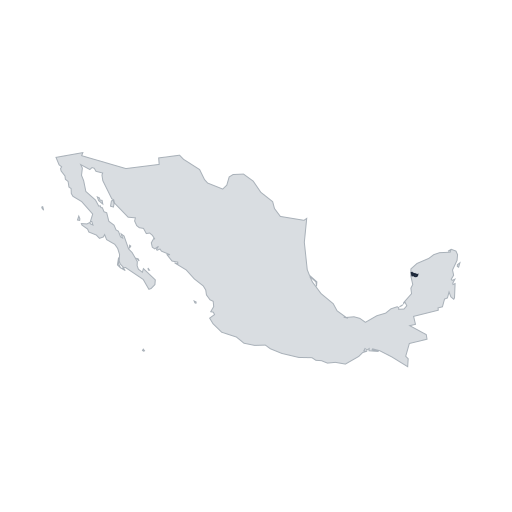 Halachó, Yucatán, Mexico shown in context, rotated 346°
{"feature_id": "50627088B14474633080003", "entity_name": "Halachó", "entity_type": "district", "adm_level": 2, "iso_a3": "MEX", "parent_name": "Mexico", "parent_adm1": "Yucatán", "projection": "orthographic", "projection_center": [-90.126, 20.586], "detail": "fine", "context": "in_parent", "style": "filled", "palette": "slate", "viewbox_px": 512, "rotation_deg": 346, "n_neighbors": 0, "source": "geoboundaries", "source_scale": "gbopen_adm2", "svg_char_len": 4562}
<svg xmlns="http://www.w3.org/2000/svg" viewBox="0 0 512 512"><g transform="rotate(346 256 256)"><path d="M85.8,111.9L113.0,113.8L111.1,116.5L150.9,139.7L184.2,143.7L185.3,137.3L206.2,139.7L209.1,144.7L222.2,158.5L224.5,169.3L226.7,173.5L239.9,183.0L244.8,180.2L249.1,172.8L253.5,171.4L263.7,173.5L271.4,182.7L276.1,195.4L285.3,207.3L285.4,214.4L289.2,223.5L311.2,233.0L314.3,231.8L306.2,254.4L302.4,281.7L303.2,287.6L308.8,295.8L307.4,300.0L307.9,295.7L303.2,288.8L304.5,295.0L310.0,308.2L319.4,321.0L321.4,328.8L328.2,336.9L326.3,336.6L330.2,338.6L329.0,337.5L336.4,338.7L341.6,341.6L346.1,346.8L358.8,343.2L368.0,342.8L374.2,339.9L380.7,339.4L382.0,340.6L381.5,342.2L386.7,343.3L390.3,340.8L389.4,336.8L387.7,337.8L388.1,336.9L397.8,330.2L398.5,324.7L401.2,321.6L401.4,312.7L403.2,306.0L410.4,302.2L423.2,300.1L428.8,297.7L435.0,297.2L445.3,299.3L446.2,297.8L443.5,297.8L447.0,296.7L451.2,299.6L451.9,303.5L450.0,308.9L443.3,317.1L443.1,322.5L439.8,325.8L440.4,327.1L443.4,326.6L440.3,330.0L440.3,331.4L442.5,330.9L438.5,344.6L437.4,345.8L435.2,342.8L434.6,337.6L431.6,343.0L428.5,343.4L424.6,350.4L420.1,350.4L419.7,352.7L394.3,352.7L394.2,360.9L388.3,360.8L402.2,373.5L401.8,378.1L383.6,378.0L377.0,389.5L378.8,392.5L376.4,400.1L363.4,386.8L353.1,377.8L346.7,374.3L346.0,375.1L351.9,378.3L342.7,375.3L343.4,373.2L340.9,374.1L339.4,372.1L337.7,374.1L340.8,375.2L336.1,375.5L331.4,378.3L316.6,382.5L307.3,378.4L299.4,377.2L294.2,373.4L288.9,371.7L285.7,368.2L273.0,364.8L257.5,356.8L247.5,349.5L243.5,344.7L233.0,342.4L223.2,337.7L217.4,329.9L204.3,321.7L197.9,311.3L196.0,305.1L201.6,302.8L201.0,300.2L198.6,299.1L202.7,294.9L203.5,289.6L200.8,287.4L198.5,281.8L199.0,276.9L197.6,272.3L190.6,263.3L184.9,252.6L175.3,242.9L178.2,244.8L178.6,243.0L173.3,240.6L170.0,233.3L172.8,233.9L165.4,228.4L164.5,226.0L161.4,226.5L161.1,225.4L163.7,223.0L159.5,224.6L157.5,222.4L157.6,217.9L161.0,214.3L161.9,215.2L160.5,210.9L158.4,208.0L155.0,207.7L153.5,202.0L149.6,200.3L147.6,197.7L146.7,192.7L148.2,189.8L141.3,187.4L131.6,170.6L131.5,167.0L129.9,165.6L125.6,145.9L126.1,140.2L127.3,138.4L121.2,135.1L120.3,131.8L118.3,130.5L115.7,131.9L108.0,124.9L108.8,128.7L106.2,135.5L107.0,141.3L106.5,152.2L113.8,162.9L115.5,169.6L117.0,169.6L117.3,171.6L118.6,172.0L119.2,176.3L121.6,177.9L121.6,186.7L125.7,191.7L126.5,196.8L128.5,198.7L129.2,204.7L130.9,206.3L130.5,201.9L132.8,204.7L134.1,218.4L136.6,222.6L139.5,232.7L138.3,236.6L138.7,240.4L141.8,244.3L143.7,241.0L152.5,254.8L151.0,259.3L146.3,262.2L144.0,262.4L140.9,251.5L126.5,235.5L124.9,235.5L122.3,230.8L122.1,227.7L124.0,221.5L123.6,215.1L121.8,210.5L115.0,204.0L114.3,198.6L112.5,200.6L108.4,201.0L106.1,197.0L99.6,192.3L99.1,189.1L94.6,183.9L94.4,182.3L99.7,184.0L103.2,183.2L102.9,184.6L105.3,186.5L105.0,182.8L103.7,182.4L107.7,175.8L100.0,161.0L92.8,153.8L91.9,150.7L92.9,145.8L91.2,143.9L91.7,138.2L89.6,135.4L90.0,132.1L87.5,126.4L87.5,123.9L89.0,122.4L87.0,119.9L85.8,111.9ZM131.0,170.8L129.5,174.0L126.9,172.5L129.0,167.6L130.7,167.3L131.0,170.8ZM119.9,168.5L116.7,164.2L116.3,160.3L118.1,161.8L118.2,164.0L120.1,164.8L119.9,168.5ZM449.9,315.9L448.8,314.8L449.3,313.2L452.2,311.9L449.9,315.9ZM121.8,235.0L119.4,231.1L122.3,224.2L120.8,230.5L121.8,235.0ZM93.5,178.8L91.5,177.9L93.7,174.4L94.1,177.3L93.5,178.8ZM61.0,160.2L59.8,157.4L60.4,156.4L61.0,156.6L61.0,160.2ZM124.3,235.5L125.6,238.5L122.3,235.3L124.3,235.5ZM186.8,286.2L186.3,287.3L185.4,286.7L185.1,284.7L186.8,286.2ZM141.0,230.3L141.4,232.6L139.8,229.6L141.0,230.3ZM136.0,215.0L136.9,216.1L135.0,217.9L136.0,215.0ZM124.9,321.0L124.0,321.2L123.0,320.2L124.1,319.1L124.9,321.0ZM385.1,339.5L382.9,340.0L386.7,338.8L385.1,339.5ZM149.2,244.0L148.2,243.6L148.3,241.5L149.2,244.0Z" fill="#d9dde1" stroke="#a8b0b8" stroke-width="1"/><path d="M407.9,313.7L408.0,313.5L408.0,313.4L407.9,313.3L408.0,313.2L407.9,313.2L407.7,313.1L407.5,313.5L407.4,313.5L407.4,313.4L407.1,313.2L407.2,312.7L406.8,312.6L406.7,312.6L406.5,312.4L406.4,312.2L406.2,312.1L406.1,312.3L406.1,312.2L405.9,312.2L405.8,312.3L405.7,312.3L405.5,312.2L405.4,312.2L405.3,311.9L405.4,311.7L405.0,311.7L404.9,311.6L404.9,311.3L404.2,310.8L404.1,310.7L403.7,310.5L403.6,310.4L403.5,311.3L403.6,311.5L403.4,311.6L403.4,309.9L402.8,309.9L402.7,312.7L403.3,312.7L403.4,312.4L403.4,312.9L404.8,312.8L404.8,313.2L404.8,313.7L404.8,313.9L405.4,314.1L405.5,314.1L405.4,314.2L405.4,314.3L405.5,314.4L405.8,314.3L406.0,314.3L406.3,314.4L406.4,314.5L406.5,314.5L407.1,314.6L407.2,314.4L407.3,314.2L407.5,313.9L407.9,313.8L407.9,313.7Z" fill="#64748b" stroke="#1e293b" stroke-width="1.5"/></g></svg>